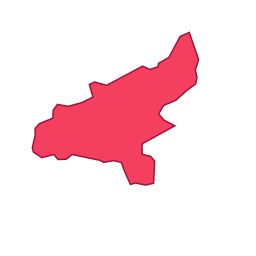 Toguz-Toro, Jalal-Abad, Kyrgyzstan, rotated 335°
{"feature_id": "92254566B7375851562443", "entity_name": "Toguz-Toro", "entity_type": "district", "adm_level": 2, "iso_a3": "KGZ", "parent_name": "Kyrgyzstan", "parent_adm1": "Jalal-Abad", "projection": "equal_earth", "projection_center": [74.04, 41.261], "detail": "fine", "context": "isolated", "style": "filled", "palette": "rose", "viewbox_px": 256, "rotation_deg": 335, "n_neighbors": 0, "source": "geoboundaries", "source_scale": "gbopen_adm2", "svg_char_len": 746}
<svg xmlns="http://www.w3.org/2000/svg" viewBox="0 0 256 256"><g transform="rotate(335 128 128)"><path d="M127.8,188.9L138.2,169.3L136.6,163.3L129.8,158.0L133.6,149.1L135.1,148.2L171.4,145.8L163.9,136.1L161.8,128.1L169.9,122.6L182.9,123.1L196.0,119.1L208.1,116.6L212.0,111.1L213.4,104.1L220.9,95.8L223.9,67.3L213.9,67.1L194.9,81.3L183.2,82.3L180.8,85.2L172.5,84.1L167.4,78.1L126.7,80.3L117.2,72.2L111.4,72.2L109.3,85.1L97.0,85.5L82.9,83.1L74.0,76.8L67.7,80.3L64.1,87.3L49.6,86.6L43.6,89.2L40.5,95.9L33.0,105.3L32.1,109.8L37.3,118.4L49.6,120.7L51.3,127.0L58.8,130.2L66.2,128.4L89.0,145.5L91.3,148.8L101.2,151.5L107.4,156.4L106.7,164.0L106.3,180.1L111.6,181.0L119.7,187.1L127.8,188.9Z" fill="#f43f5e" stroke="#9f1239" stroke-width="1.5"/></g></svg>